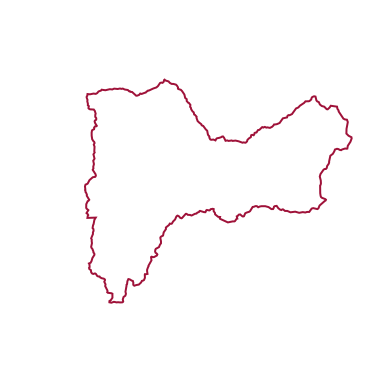 the district of Oyon, Lima, Peru, rotated 200°
{"feature_id": "86281439B90179461715440", "entity_name": "Oyon", "entity_type": "district", "adm_level": 2, "iso_a3": "PER", "parent_name": "Peru", "parent_adm1": "Lima", "projection": "orthographic", "projection_center": [-76.859, -10.718], "detail": "fine", "context": "isolated", "style": "outline", "palette": "rose", "viewbox_px": 384, "rotation_deg": 200, "n_neighbors": 0, "source": "geoboundaries", "source_scale": "gbopen_adm2", "svg_char_len": 6023}
<svg xmlns="http://www.w3.org/2000/svg" viewBox="0 0 384 384"><g transform="rotate(200 192 192)"><path d="M140.3,182.5L141.6,184.4L140.6,185.6L140.4,186.6L139.1,187.4L136.4,186.4L135.7,186.4L134.9,187.0L134.7,190.2L133.7,191.3L131.5,193.0L130.9,193.9L129.9,198.7L128.9,199.2L127.6,200.4L126.3,200.9L124.6,200.3L123.4,201.5L121.9,202.4L118.3,203.7L114.9,204.0L111.6,203.1L110.0,203.7L109.8,204.7L109.9,206.3L109.4,207.0L107.7,207.9L105.4,206.3L103.3,205.6L101.9,205.6L101.1,206.6L100.5,206.8L98.1,206.0L95.9,206.8L92.5,206.6L88.3,208.8L84.2,209.1L81.0,211.0L78.5,211.5L77.1,212.6L75.0,213.4L73.9,217.3L72.6,218.3L68.4,218.8L68.0,219.2L67.6,220.1L67.5,222.9L64.2,228.9L63.5,229.8L63.5,230.6L64.4,230.9L68.0,231.0L69.0,231.4L69.8,232.3L71.1,234.7L73.8,241.9L73.6,242.8L73.8,244.2L74.9,246.8L77.2,250.2L77.4,252.8L76.0,258.0L75.3,258.9L74.1,259.4L73.6,260.6L73.9,262.7L73.2,265.2L73.2,266.5L73.6,267.6L74.4,273.4L72.7,276.0L72.2,278.8L72.2,280.8L70.5,282.2L68.9,282.4L67.9,282.1L66.2,282.3L65.5,283.3L62.9,285.3L61.9,285.4L60.9,285.9L61.4,288.7L60.3,293.4L60.3,296.9L60.9,298.0L64.1,298.4L66.9,299.7L68.4,304.2L69.5,311.0L71.1,312.9L73.2,312.5L74.8,312.7L81.7,317.8L82.2,318.8L83.8,319.9L84.9,321.8L91.1,320.5L91.6,318.4L92.8,316.1L93.8,315.9L96.9,317.4L99.5,317.2L101.8,318.0L103.5,319.8L105.4,320.0L106.4,320.6L108.6,323.9L110.0,323.7L110.7,323.1L111.5,322.3L111.8,321.0L111.6,319.7L112.7,317.7L113.3,317.2L116.4,316.0L117.1,314.1L120.1,310.0L121.0,307.8L122.8,306.1L124.7,299.4L126.6,297.5L127.7,297.2L128.3,296.1L128.2,294.6L131.8,292.3L133.3,286.8L135.3,284.9L136.6,284.1L138.0,283.5L138.2,282.4L139.0,280.7L140.7,278.9L143.3,278.5L144.2,277.9L145.8,278.1L147.1,276.9L147.8,277.1L148.3,276.9L149.9,273.5L151.2,272.7L151.7,270.1L152.1,269.7L152.8,269.5L153.4,268.8L153.2,267.3L153.5,266.4L155.0,266.3L155.8,265.6L155.5,263.6L156.8,261.9L157.7,260.0L157.6,258.4L158.1,257.2L158.6,256.6L160.6,256.2L161.4,255.6L165.5,255.6L168.7,255.2L171.3,253.9L172.3,254.0L175.1,252.5L176.6,252.5L178.0,251.6L180.5,254.0L181.9,254.8L182.7,254.4L183.1,253.7L184.8,252.3L186.9,251.0L187.3,250.4L187.6,248.5L189.8,248.6L191.9,247.6L192.9,247.7L194.3,249.0L194.4,249.7L195.2,250.5L196.0,250.8L196.8,251.6L198.7,254.8L200.4,255.5L204.0,257.9L205.7,258.0L206.5,258.9L209.0,259.7L211.0,260.6L213.2,263.3L213.4,264.3L215.6,265.5L216.5,265.6L217.6,267.4L219.0,267.9L221.0,269.4L221.9,270.8L222.9,271.4L223.3,273.3L225.3,274.6L226.1,274.6L228.1,275.7L228.7,277.4L230.6,278.1L232.5,281.0L235.8,283.4L237.4,284.2L240.2,284.1L240.6,284.4L240.9,285.5L242.5,286.8L243.8,287.4L246.4,287.2L248.2,286.6L250.3,287.0L251.8,287.9L255.0,287.7L256.2,288.2L256.5,287.7L256.3,285.9L257.0,284.5L258.3,284.3L259.3,283.5L260.2,279.9L261.2,278.1L263.8,276.0L267.1,272.7L268.0,272.3L268.3,271.5L269.0,271.0L269.5,269.6L270.3,269.1L272.9,266.9L274.3,266.8L274.9,265.2L276.3,263.9L277.4,263.4L282.5,265.5L284.3,265.0L285.0,265.5L285.7,265.2L287.2,265.9L290.3,265.3L292.4,265.5L293.5,264.8L295.1,264.6L297.0,263.4L300.5,262.5L302.0,261.1L304.4,260.5L308.2,258.0L311.9,257.2L312.2,256.2L314.2,254.5L314.9,252.5L316.0,251.3L318.2,250.8L321.3,248.9L323.7,248.3L323.3,246.6L323.6,245.8L323.3,244.7L321.7,242.8L321.4,241.4L320.0,239.3L319.5,237.8L318.3,237.4L318.0,235.4L317.4,235.0L316.1,234.8L312.5,235.9L311.0,234.9L309.3,232.6L309.3,231.5L308.6,229.5L307.4,228.8L306.9,227.9L306.8,227.1L307.7,225.9L307.6,224.9L306.6,223.6L304.1,221.6L304.3,221.1L305.7,220.3L306.0,218.9L305.6,218.3L305.5,217.5L306.8,216.2L307.0,215.5L306.6,213.4L305.5,210.5L303.8,207.4L302.1,206.1L301.1,205.7L300.3,204.7L300.5,202.9L299.1,201.3L297.7,196.7L297.0,195.9L297.5,193.7L295.0,190.0L295.5,187.6L293.7,184.7L293.4,181.8L292.7,180.5L292.9,178.9L288.7,175.7L287.9,174.4L288.1,173.2L290.3,171.9L292.4,168.1L292.9,164.3L293.2,163.8L294.6,162.5L294.5,160.7L293.1,157.9L293.2,157.3L292.4,156.5L292.1,155.6L291.3,155.1L289.9,153.6L289.6,152.5L285.9,149.5L286.3,148.3L286.9,147.7L287.2,144.4L286.0,140.9L285.3,140.3L283.2,139.5L283.9,136.1L282.4,135.5L281.6,134.8L281.8,134.0L281.4,131.9L273.7,135.0L274.2,132.5L273.5,128.1L273.6,126.9L273.1,124.1L272.0,123.5L271.2,121.8L271.3,120.2L270.7,118.6L270.9,113.9L269.9,113.0L269.5,111.6L268.5,109.7L268.0,106.0L267.4,105.2L265.7,104.1L265.4,103.5L264.4,102.5L263.9,101.4L262.8,100.8L262.2,99.6L263.0,95.9L262.8,92.6L263.1,90.8L264.4,89.6L263.6,88.9L262.5,86.4L262.8,85.5L262.1,84.5L260.3,84.0L259.3,82.1L258.1,81.3L256.8,81.2L255.3,82.3L254.4,82.2L252.2,80.6L251.0,80.6L250.0,81.0L249.0,80.3L247.2,80.1L245.3,80.4L243.9,80.0L243.6,79.2L243.7,77.6L241.7,75.7L241.4,73.9L237.8,70.5L237.4,69.7L237.4,68.8L236.6,68.5L233.1,69.3L232.0,69.2L230.6,65.4L231.3,62.6L232.3,61.3L231.9,60.1L229.9,60.4L227.8,62.1L225.0,62.5L223.9,63.1L221.6,63.7L219.7,64.5L219.3,65.0L219.2,65.6L220.3,67.4L220.4,70.0L219.2,71.7L219.2,73.0L219.3,73.8L220.4,75.5L221.5,81.7L221.8,82.3L221.5,83.2L222.2,86.1L222.0,88.4L220.6,88.6L218.2,88.1L217.2,88.2L216.1,86.7L215.7,85.3L215.3,84.6L214.2,84.2L212.4,85.6L210.3,86.8L208.9,89.6L208.7,91.3L207.6,92.1L207.0,92.9L206.9,95.3L208.1,98.2L208.1,98.7L207.3,98.9L205.8,99.8L207.2,102.4L207.6,103.7L207.6,106.4L207.4,107.2L207.7,107.8L206.7,113.9L208.2,116.8L207.8,117.4L206.2,117.5L205.4,117.9L203.3,120.3L203.2,121.5L203.9,122.0L205.5,122.5L206.3,123.4L206.5,124.2L206.7,125.5L206.5,126.3L204.2,128.9L204.1,131.4L203.6,133.2L204.3,135.1L206.1,138.1L206.1,138.8L205.8,139.5L204.3,141.2L204.8,144.4L203.8,148.2L204.4,149.7L202.3,153.2L202.1,154.7L200.8,154.9L200.1,155.5L199.7,157.8L198.5,160.4L198.3,163.6L197.8,164.6L197.4,164.9L195.7,164.6L194.3,163.7L192.9,163.7L192.5,164.1L190.4,169.3L189.6,169.6L188.2,169.1L185.9,169.8L184.6,169.7L184.0,170.1L181.9,172.4L180.4,173.3L180.1,174.2L178.5,175.8L178.4,176.6L178.0,177.0L173.8,177.2L172.5,177.6L172.3,179.7L171.9,180.2L169.4,180.6L169.0,181.0L168.6,182.2L166.8,183.3L165.8,183.4L165.1,181.4L163.3,180.2L162.6,178.9L158.9,177.6L157.1,178.1L157.0,176.9L156.5,176.4L147.9,175.7L143.7,178.3L142.1,178.9L141.7,179.3L140.9,182.1L140.3,182.5Z" fill="none" stroke="#9f1239" stroke-width="2"/></g></svg>